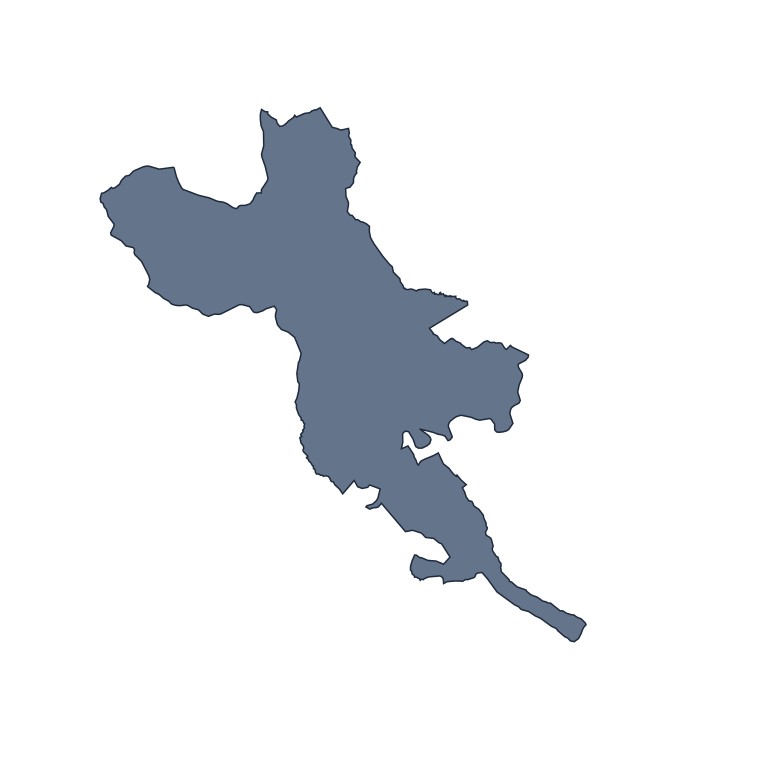 Maierus, Brasov, Romania (Mercator projection), rotated 54°
{"feature_id": "2599482B58193518368289", "entity_name": "Maierus", "entity_type": "district", "adm_level": 2, "iso_a3": "ROU", "parent_name": "Romania", "parent_adm1": "Brasov", "projection": "mercator", "projection_center": [25.543, 45.895], "detail": "fine", "context": "isolated", "style": "filled", "palette": "slate", "viewbox_px": 768, "rotation_deg": 54, "n_neighbors": 0, "source": "geoboundaries", "source_scale": "gbopen_adm2", "svg_char_len": 6137}
<svg xmlns="http://www.w3.org/2000/svg" viewBox="0 0 768 768"><g transform="rotate(54 384 384)"><path d="M697.6,362.1L696.0,361.6L690.1,362.5L685.7,365.1L682.5,366.1L681.2,367.7L676.4,371.3L672.8,372.6L670.9,374.9L659.1,378.1L657.5,380.2L655.6,380.8L652.9,383.2L646.5,385.3L641.0,389.0L635.7,390.4L634.1,390.2L626.3,395.6L619.2,397.2L617.5,398.5L615.7,397.8L604.9,399.4L600.6,397.3L600.1,396.3L597.9,394.9L594.7,394.9L591.0,393.6L589.2,394.5L582.6,394.2L580.3,392.7L579.4,391.0L572.6,388.4L571.1,388.3L566.5,390.2L563.5,389.1L562.1,386.0L560.8,384.8L558.4,384.7L556.7,383.2L550.8,382.0L548.6,380.8L541.3,380.9L535.7,382.9L531.2,381.9L529.9,382.4L528.3,384.0L523.7,383.9L519.0,382.3L514.0,381.6L513.8,376.6L506.9,378.1L500.6,378.5L501.3,379.7L497.5,380.8L490.3,381.0L483.5,382.9L471.7,380.6L471.0,386.1L468.6,395.9L468.1,399.8L469.7,403.8L468.1,404.0L464.1,402.8L461.0,402.6L458.3,401.4L448.2,401.0L446.7,408.0L442.0,402.9L435.6,398.5L434.6,396.7L435.0,394.1L437.1,392.1L445.8,392.9L453.2,395.1L456.1,393.9L458.3,390.8L459.2,385.5L459.0,382.0L456.7,378.8L454.4,378.0L451.8,378.2L441.3,381.6L452.2,372.5L456.0,370.1L459.9,366.5L462.3,365.3L467.4,365.5L468.0,363.9L467.4,360.6L466.6,359.7L457.0,357.2L455.3,356.4L453.6,353.9L453.0,352.1L452.8,346.6L453.1,344.0L454.6,340.0L462.2,333.0L466.4,330.5L469.6,327.7L473.9,319.1L475.2,318.1L481.5,318.1L486.2,321.4L489.0,321.1L490.7,319.3L492.7,315.8L494.0,312.2L494.1,309.7L491.6,302.8L481.8,299.6L478.8,296.2L478.1,294.3L478.0,291.5L478.8,285.9L477.4,283.4L469.0,280.5L464.1,275.1L460.0,268.5L458.4,266.9L456.3,266.0L450.0,265.5L447.4,264.3L446.9,263.3L448.0,255.5L447.1,251.7L445.5,250.0L429.5,258.6L427.1,259.0L428.0,264.8L425.9,265.3L420.2,265.0L418.3,266.7L416.6,269.5L415.3,270.0L413.0,273.6L409.8,274.9L408.7,278.4L409.2,286.7L407.7,292.9L405.0,293.1L403.2,296.2L397.8,298.0L395.7,298.2L391.6,300.7L387.4,301.7L387.4,303.0L386.6,303.1L386.8,311.2L381.1,312.8L376.2,312.7L372.3,314.8L372.0,314.3L365.6,314.4L369.3,269.9L366.3,268.1L365.5,268.4L364.9,269.9L363.2,270.4L363.3,271.5L359.3,273.0L358.2,275.0L355.9,275.2L355.2,274.4L353.4,277.3L352.3,278.1L352.5,278.7L351.5,278.6L351.3,280.2L350.5,280.4L350.1,281.6L349.2,281.5L349.1,283.1L348.1,282.4L347.2,283.3L345.9,283.0L345.0,285.2L343.2,284.4L343.0,285.5L343.8,286.1L344.0,287.3L341.6,288.9L341.1,290.2L339.6,289.4L339.4,290.8L338.4,291.3L335.1,291.0L331.5,294.8L328.8,299.1L327.7,301.4L327.9,303.0L324.1,305.3L322.7,306.8L321.7,309.1L319.9,311.0L319.0,310.7L318.2,311.6L315.5,310.8L311.0,310.7L308.1,309.3L299.1,310.7L294.0,308.4L290.3,309.2L280.0,309.9L264.4,309.7L257.8,308.9L252.1,306.3L247.9,303.1L244.3,304.0L240.6,305.9L239.1,307.4L235.5,308.7L234.7,310.3L228.8,310.7L227.3,312.3L222.9,312.3L218.0,307.3L215.8,305.9L210.1,304.6L203.5,300.3L203.5,299.0L204.8,295.9L203.2,290.4L199.5,287.5L197.7,283.9L197.4,282.1L195.8,281.4L192.8,278.1L190.7,273.0L183.1,273.9L180.0,271.3L174.6,271.2L171.5,269.7L170.5,270.1L167.1,267.4L163.1,267.1L161.4,265.8L160.9,264.7L156.4,262.5L153.3,269.5L149.2,272.2L146.0,275.0L123.0,273.3L122.3,278.2L121.7,278.5L120.6,282.0L120.9,284.6L118.4,289.2L116.5,298.0L114.1,298.3L115.2,300.6L115.1,306.6L115.7,309.7L115.8,313.9L114.2,317.0L110.2,317.1L107.0,315.9L102.1,318.3L97.0,319.4L95.5,318.1L93.8,320.1L89.9,321.7L93.1,325.5L97.1,328.4L102.7,331.6L109.0,333.2L120.5,341.2L126.1,348.0L128.5,349.3L138.4,352.3L149.6,357.0L151.2,359.5L154.7,368.9L157.3,371.0L154.6,374.7L156.3,378.8L158.1,381.7L159.5,386.4L157.8,391.5L155.1,395.3L154.8,396.9L155.5,400.2L152.7,402.5L145.8,405.0L142.5,407.1L138.1,411.5L130.8,415.9L122.3,423.1L108.5,432.2L106.2,432.5L99.8,431.5L94.0,430.0L85.9,426.8L84.9,427.0L78.1,439.5L69.4,446.3L67.9,448.4L66.7,451.5L64.5,461.3L65.5,467.3L63.9,471.0L65.0,476.9L66.9,480.4L67.1,486.0L66.4,488.4L64.6,489.1L65.1,493.0L64.7,498.2L63.7,500.4L67.2,504.7L70.4,506.2L72.6,505.1L76.3,506.3L80.0,506.0L86.4,508.6L95.8,508.4L97.5,509.6L101.1,516.4L103.3,517.2L113.7,512.3L120.7,511.6L126.2,506.7L128.6,506.8L130.8,508.9L132.8,509.6L142.3,508.1L158.2,510.6L161.7,512.1L165.0,515.6L166.1,518.0L175.6,515.4L179.3,513.3L185.1,512.0L190.8,509.3L193.9,509.0L195.7,508.1L198.8,505.4L201.1,502.4L203.5,497.9L205.2,496.5L210.2,494.3L214.9,490.5L221.0,489.5L226.1,486.2L227.8,480.0L230.4,477.0L231.4,474.9L234.8,454.6L236.3,452.2L242.4,447.2L248.8,447.3L250.0,446.7L251.9,444.4L253.6,438.7L253.8,435.3L256.5,427.1L260.9,427.2L263.5,430.5L266.1,432.5L273.5,435.4L279.5,435.0L285.8,431.0L293.7,428.9L310.5,433.0L315.3,438.4L316.2,440.4L324.2,448.3L331.3,452.3L334.2,452.5L339.3,456.9L344.4,462.9L346.2,466.4L349.2,467.0L352.0,469.0L358.2,470.9L362.7,471.1L364.7,472.2L364.9,471.5L366.5,471.3L368.3,471.9L369.6,471.6L371.3,473.7L372.9,474.3L373.5,476.9L374.9,477.1L375.7,480.7L376.3,481.3L378.1,481.3L378.3,481.7L377.8,483.4L378.2,483.7L382.9,485.8L387.1,485.7L389.1,487.1L389.6,488.2L391.3,489.0L397.6,488.0L398.4,488.9L397.8,489.7L398.1,490.1L400.9,489.5L402.1,490.1L404.7,489.5L408.2,489.9L408.9,489.4L411.0,490.8L412.8,490.1L415.1,491.4L417.2,491.5L418.7,489.6L420.6,488.9L421.5,487.5L423.1,487.3L423.6,485.7L425.5,483.6L427.6,483.2L431.6,484.0L433.6,482.6L436.8,483.0L442.7,481.8L448.6,482.0L444.5,464.8L451.7,465.7L455.7,463.0L458.0,457.9L457.2,455.0L466.6,448.8L472.5,455.7L473.9,458.6L474.5,463.6L472.4,469.5L472.9,470.9L476.9,469.0L477.7,465.7L479.6,462.6L480.1,460.7L479.0,456.2L516.1,453.4L519.1,446.9L526.7,441.3L532.6,440.5L538.1,434.6L544.6,432.9L547.2,431.3L562.8,432.3L564.8,441.7L557.8,446.0L552.5,452.2L546.4,455.9L545.3,457.3L541.7,458.3L540.3,459.7L543.6,465.2L547.1,469.7L550.2,472.0L551.6,471.7L554.4,472.9L556.4,472.2L558.3,472.8L559.0,471.6L562.3,469.9L564.1,470.1L563.7,468.9L565.5,467.0L565.1,465.9L566.3,461.3L572.1,451.7L573.7,450.7L576.3,450.5L580.5,453.1L581.0,449.2L585.3,442.0L589.9,436.1L590.1,433.0L591.4,431.5L593.5,425.1L593.4,423.8L591.7,421.0L592.3,418.7L594.1,415.5L602.4,414.8L618.7,414.8L639.5,408.1L643.1,406.1L647.1,405.5L653.1,400.7L660.6,397.9L665.3,395.2L678.8,390.8L683.0,388.4L685.9,388.4L694.8,386.3L697.5,384.7L701.3,384.2L704.3,381.6L704.3,376.2L701.8,371.3L699.2,367.4L698.1,365.0L697.6,362.1Z" fill="#64748b" stroke="#1e293b" stroke-width="1.5"/></g></svg>